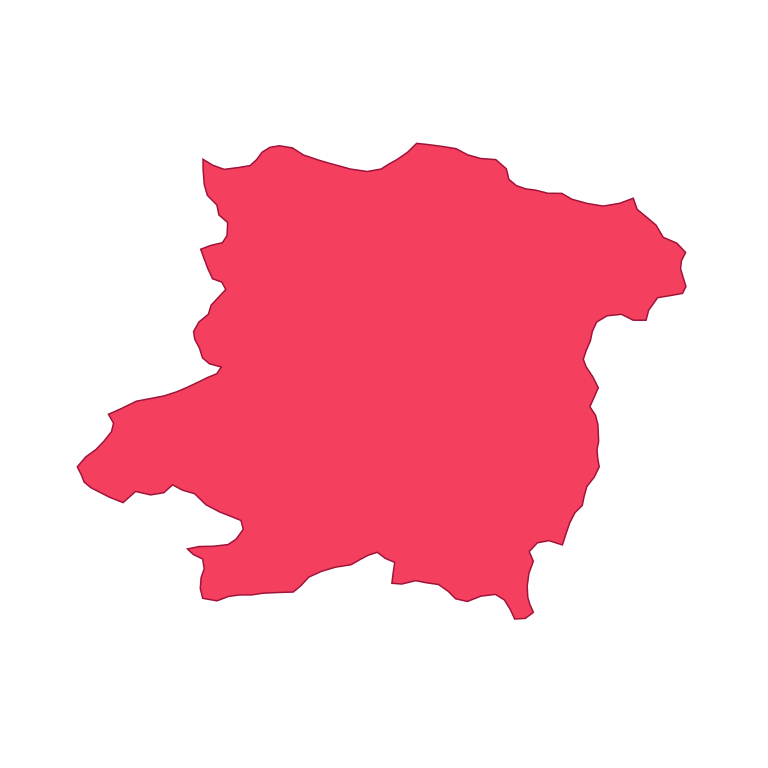 Estiva, Minas Gerais, Brazil (Equal Earth projection), rotated 264°
{"feature_id": "56859067B45558803897902", "entity_name": "Estiva", "entity_type": "district", "adm_level": 2, "iso_a3": "BRA", "parent_name": "Brazil", "parent_adm1": "Minas Gerais", "projection": "equal_earth", "projection_center": [-46.02, -22.455], "detail": "fine", "context": "isolated", "style": "filled", "palette": "rose", "viewbox_px": 768, "rotation_deg": 264, "n_neighbors": 0, "source": "geoboundaries", "source_scale": "gbopen_adm2", "svg_char_len": 2466}
<svg xmlns="http://www.w3.org/2000/svg" viewBox="0 0 768 768"><g transform="rotate(264 384 384)"><path d="M141.3,508.7L149.3,506.1L156.7,504.7L168.0,505.3L180.5,508.3L192.1,514.0L202.1,510.9L210.0,519.9L211.0,531.6L205.3,544.6L215.9,549.3L226.3,554.1L236.0,560.4L242.5,568.5L251.1,571.2L260.8,575.0L269.3,583.3L279.1,589.4L288.0,588.8L296.5,589.0L304.6,591.5L321.4,592.5L330.7,591.1L339.9,586.4L349.0,591.7L357.9,596.7L369.1,592.5L380.0,586.8L387.7,584.8L395.8,588.4L405.2,593.7L414.5,596.7L423.4,602.0L428.5,613.0L428.5,627.4L421.4,638.5L420.0,651.3L429.7,654.9L441.2,665.1L442.1,679.5L442.9,690.4L449.4,694.5L458.3,692.7L467.7,691.0L475.5,692.7L483.3,697.7L493.4,690.0L500.7,677.0L513.5,671.2L522.7,662.4L531.1,654.1L542.7,651.3L539.1,637.3L538.0,620.7L542.3,605.0L548.0,590.4L555.0,580.7L556.6,566.7L560.9,555.2L563.3,545.2L567.5,536.3L574.5,529.6L585.2,528.2L595.5,518.6L598.2,503.6L603.2,491.1L610.5,480.3L614.0,467.5L617.6,452.5L619.9,441.6L612.0,431.6L605.8,420.3L602.3,412.0L598.1,403.6L597.1,389.6L601.3,373.0L605.2,363.1L608.7,354.1L613.3,342.8L620.2,327.8L628.4,317.6L631.9,304.8L631.3,295.3L627.3,287.0L620.4,280.7L615.2,273.6L614.5,261.6L614.2,247.4L619.5,236.5L626.4,227.5L616.0,226.5L600.9,226.1L590.0,228.1L579.5,236.5L569.4,237.5L560.9,245.4L548.1,243.4L541.4,238.1L540.0,226.5L537.2,215.8L526.7,218.4L517.4,220.8L506.6,224.5L502.2,233.4L494.5,236.5L487.8,228.8L480.6,220.4L471.7,216.6L465.0,206.4L456.1,200.1L448.2,200.5L439.0,204.2L429.0,206.2L422.3,212.5L417.9,223.9L411.7,218.8L409.0,209.5L405.2,199.1L400.8,186.5L397.8,176.6L395.1,163.6L393.9,149.6L392.8,136.0L386.9,119.8L382.7,106.8L373.3,110.9L365.1,108.0L356.4,99.5L348.9,90.6L342.7,79.8L333.7,70.3L325.2,73.5L317.9,75.5L311.7,81.4L306.9,88.7L299.9,99.5L293.3,112.1L303.1,125.7L298.1,140.3L298.9,153.7L305.8,163.2L299.6,172.3L294.6,184.3L282.5,194.3L273.9,207.2L268.2,218.2L263.2,227.5L254.2,228.8L245.2,220.8L240.6,212.1L240.5,196.9L241.7,183.3L240.5,171.3L234.3,176.6L229.0,185.3L219.1,185.9L210.7,181.9L199.8,179.9L189.8,181.3L185.8,195.3L189.0,207.2L189.3,218.2L188.1,230.4L188.6,242.1L187.7,256.8L186.6,272.0L192.1,280.3L199.8,289.0L204.2,302.2L206.9,316.6L207.7,332.4L211.9,341.8L215.4,350.5L217.3,359.8L210.4,367.1L205.5,376.0L195.3,373.4L185.0,371.0L183.2,380.7L185.1,394.9L181.9,405.3L178.9,417.2L171.1,426.2L162.9,432.8L159.0,444.2L162.9,458.2L163.1,472.8L156.7,481.1L146.6,486.0L136.6,489.4L136.1,500.0L141.3,508.7Z" fill="#f43f5e" stroke="#9f1239" stroke-width="1.5"/></g></svg>